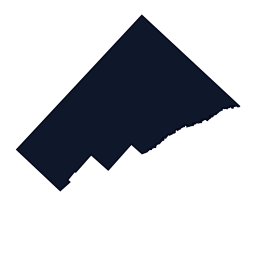 the district of General Roca, Córdoba, Argentina, rotated 133°
{"feature_id": "61730980B65942785311638", "entity_name": "General Roca", "entity_type": "district", "adm_level": 2, "iso_a3": "ARG", "parent_name": "Argentina", "parent_adm1": "Córdoba", "projection": "robinson", "projection_center": [-64.642, -34.475], "detail": "fine", "context": "isolated", "style": "filled", "palette": "ink", "viewbox_px": 256, "rotation_deg": 133, "n_neighbors": 0, "source": "geoboundaries", "source_scale": "gbopen_adm2", "svg_char_len": 4594}
<svg xmlns="http://www.w3.org/2000/svg" viewBox="0 0 256 256"><g transform="rotate(133 128 128)"><path d="M36.3,194.6L219.6,194.6L219.9,134.9L216.5,134.7L216.3,134.6L207.3,133.8L207.4,136.8L198.1,137.4L195.8,137.4L195.8,136.3L187.1,136.5L172.6,136.9L172.1,113.9L137.4,114.7L137.1,100.3L132.5,98.0L130.3,97.9L129.6,97.8L129.5,98.0L129.3,98.0L128.9,97.9L128.4,97.6L128.1,97.7L128.0,97.8L127.9,97.7L128.0,97.5L128.1,97.2L128.2,96.9L128.1,96.7L127.7,96.5L127.3,96.8L127.2,96.8L127.2,96.7L126.8,96.9L126.4,96.9L126.1,96.7L125.9,96.5L125.8,96.4L125.7,96.6L125.7,96.9L125.5,97.0L125.2,97.0L125.1,96.8L125.3,96.8L125.1,96.6L124.8,96.8L124.6,96.7L124.4,96.1L124.0,95.8L124.0,95.6L123.7,95.2L123.5,94.8L123.4,94.8L123.3,95.1L123.3,95.3L123.2,95.3L122.6,95.4L121.9,95.8L121.7,95.6L121.4,96.0L121.1,96.2L121.1,96.3L120.7,96.2L120.4,96.2L120.1,96.1L120.0,95.7L119.7,95.5L119.3,95.5L118.6,95.2L118.4,94.7L117.4,94.7L116.8,94.5L116.7,94.6L116.4,94.6L116.3,94.8L115.6,94.9L115.1,94.7L115.1,95.1L114.9,95.2L114.7,94.9L114.5,95.1L114.4,95.2L113.7,95.0L113.4,95.1L113.6,94.7L113.4,94.6L113.1,94.8L112.9,94.6L113.1,94.3L113.1,94.2L112.9,94.0L112.7,94.1L112.5,93.9L112.4,93.9L112.2,94.0L111.8,94.4L111.6,94.4L111.4,94.6L111.3,95.0L111.2,95.1L111.3,95.2L111.5,95.4L111.5,95.5L111.4,95.9L111.1,95.9L110.7,95.7L110.3,95.5L110.2,95.4L110.0,94.9L110.0,94.7L109.6,94.5L109.6,94.4L109.4,94.2L109.7,93.9L109.6,93.7L109.4,93.7L109.2,93.8L108.9,93.9L108.9,94.1L108.7,94.0L108.3,93.9L107.9,93.9L107.7,94.0L107.3,94.0L107.1,94.1L106.8,94.0L106.4,94.0L106.2,94.0L105.5,94.4L105.2,94.4L104.7,94.1L104.5,93.9L104.8,93.3L104.8,93.1L104.8,92.9L104.5,92.7L103.8,92.6L103.3,92.4L103.1,92.3L102.8,92.0L102.5,91.9L101.1,91.8L101.1,92.1L100.9,92.2L100.7,92.2L100.6,91.9L100.6,91.5L100.3,91.0L99.6,90.9L99.4,90.8L99.1,90.9L99.0,90.7L98.9,90.7L98.8,90.9L98.5,91.4L98.1,91.7L97.9,92.0L97.2,91.9L96.6,91.9L96.2,91.8L96.0,91.6L95.7,90.7L95.8,90.3L95.8,90.2L95.5,90.1L95.2,90.3L94.8,90.6L94.9,90.8L94.8,91.0L94.7,90.9L94.3,90.7L94.3,90.1L93.9,89.8L93.6,89.8L93.6,89.6L93.3,89.3L92.8,89.4L92.5,89.6L91.7,89.6L91.4,89.4L91.1,89.4L91.0,89.2L90.6,89.2L90.4,89.0L89.6,88.7L89.5,88.9L89.4,88.9L89.2,88.8L88.9,88.9L88.9,89.1L88.7,89.3L88.4,89.0L88.3,88.8L88.4,88.5L88.8,88.3L88.8,88.2L88.6,88.0L88.1,88.1L87.8,88.2L87.7,88.2L87.6,88.3L87.6,88.5L87.4,88.7L86.9,88.3L86.6,88.0L86.1,87.9L85.9,87.4L85.4,87.3L85.4,87.2L85.6,86.9L85.8,86.9L86.0,86.7L86.2,86.8L86.3,86.7L86.4,86.3L86.2,85.8L86.3,85.7L86.0,85.7L85.6,85.5L85.4,85.5L85.4,85.3L85.3,84.7L85.2,84.6L84.9,84.5L84.6,84.6L84.2,84.4L84.0,84.2L83.7,83.8L83.1,83.5L82.4,83.4L82.2,83.1L82.2,82.9L81.9,82.7L81.8,82.3L81.3,82.3L81.0,82.3L80.9,82.5L80.7,82.5L80.7,82.9L80.7,83.2L80.8,83.3L81.1,83.3L81.1,83.5L80.2,83.8L79.9,83.8L79.6,83.4L79.1,82.9L79.2,82.6L79.4,82.3L79.2,81.9L78.7,81.7L77.5,81.7L76.9,81.5L76.8,81.4L76.6,80.6L76.4,80.4L76.2,80.0L75.9,79.8L75.2,79.5L74.8,79.2L74.4,79.4L74.2,79.5L74.0,79.1L74.2,78.5L74.1,78.3L73.8,78.3L73.4,78.4L73.2,78.8L72.9,79.0L72.6,79.2L72.3,78.9L72.0,78.7L71.8,78.8L71.7,78.9L71.7,79.1L71.6,79.3L71.4,79.5L71.2,79.6L71.1,79.4L71.1,79.2L71.1,78.7L70.7,78.2L69.8,78.2L69.5,78.4L69.2,78.3L69.0,78.1L69.0,77.5L68.9,77.3L68.5,77.0L68.4,76.8L68.3,76.3L68.4,76.1L68.5,75.7L68.3,75.3L68.2,75.4L68.1,75.9L67.9,76.0L67.6,75.9L67.5,75.5L67.5,75.2L66.4,75.1L65.9,75.2L65.4,74.9L65.0,75.0L64.6,74.8L64.4,74.7L64.2,74.8L64.0,75.3L63.9,76.1L63.6,76.2L63.4,76.1L63.2,75.8L62.8,75.5L62.7,75.4L62.7,75.2L62.9,74.9L63.0,74.8L62.9,74.6L62.5,74.2L62.3,74.2L62.1,74.3L61.9,74.3L61.2,74.1L61.2,74.3L61.1,74.5L60.5,74.3L59.9,74.5L59.4,74.3L59.2,73.9L58.9,73.8L58.9,73.6L58.4,73.4L57.9,73.0L57.4,73.0L57.2,73.1L56.7,73.2L56.6,73.3L56.6,73.6L56.4,73.6L56.2,73.4L56.0,72.9L55.7,72.8L55.3,72.9L54.4,72.8L53.9,72.9L53.2,72.7L52.4,72.3L51.7,72.1L51.1,71.9L50.9,71.7L50.7,71.6L50.5,72.0L50.4,72.2L49.6,72.1L48.9,72.4L48.5,72.0L48.3,71.6L48.0,71.2L47.8,70.7L47.0,70.2L46.9,70.0L46.4,69.3L46.2,68.8L46.1,68.7L45.5,68.9L44.8,68.7L44.7,68.7L44.2,68.3L44.1,68.1L43.9,68.0L43.6,68.2L43.2,68.3L42.9,68.1L42.7,68.1L42.5,68.4L42.4,68.5L42.1,68.4L41.9,68.1L42.2,67.8L42.3,67.3L42.2,67.1L41.9,66.8L42.1,66.7L42.3,66.7L42.4,66.3L42.2,66.2L42.3,65.8L42.0,65.4L41.9,65.3L42.0,65.1L41.7,64.9L41.4,65.0L41.4,65.4L41.2,65.6L41.2,65.8L40.9,65.9L40.8,66.2L40.7,66.3L40.5,66.2L40.0,65.7L39.5,65.5L39.4,65.4L39.4,65.2L39.2,65.1L39.2,64.9L39.3,64.8L39.2,64.7L38.9,64.7L38.7,64.5L38.0,64.0L37.9,63.9L37.7,64.1L37.5,63.8L37.5,63.6L37.4,63.1L37.5,62.9L37.6,62.6L37.3,62.3L37.3,62.1L37.2,62.0L36.9,62.1L36.6,61.9L36.6,61.5L36.5,61.4L36.1,61.4L36.3,194.6Z" fill="#0f172a" stroke="#020617" stroke-width="1.5"/></g></svg>